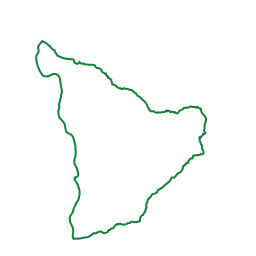 Armenia, Antioquia, Colombia, rotated 350°
{"feature_id": "7082276B11935891102033", "entity_name": "Armenia", "entity_type": "district", "adm_level": 2, "iso_a3": "COL", "parent_name": "Colombia", "parent_adm1": "Antioquia", "projection": "mercator", "projection_center": [-75.796, 6.174], "detail": "fine", "context": "isolated", "style": "outline", "palette": "green", "viewbox_px": 256, "rotation_deg": 350, "n_neighbors": 0, "source": "geoboundaries", "source_scale": "gbopen_adm2", "svg_char_len": 5795}
<svg xmlns="http://www.w3.org/2000/svg" viewBox="0 0 256 256"><g transform="rotate(350 128 128)"><path d="M172.8,180.0L174.9,177.6L175.0,176.7L175.5,176.1L175.5,175.3L175.7,175.1L176.2,175.0L176.8,174.8L177.1,174.5L177.3,174.1L178.3,173.9L178.7,173.0L179.1,172.8L180.3,172.7L180.9,172.9L181.1,172.8L181.4,171.7L183.3,169.5L184.1,169.5L184.9,168.8L185.3,168.8L185.9,169.1L186.3,169.0L186.6,168.6L187.4,166.6L188.4,166.5L189.7,166.7L190.3,166.7L191.2,166.5L192.5,167.0L194.5,166.5L196.2,166.7L196.7,166.4L197.5,166.4L198.1,165.7L198.1,163.8L197.6,161.7L197.5,160.5L197.9,158.0L197.8,157.6L197.2,157.0L197.0,156.3L196.7,153.8L196.4,152.9L196.6,149.9L196.8,149.6L197.3,149.3L197.5,149.4L197.7,150.2L197.9,150.0L199.8,148.2L201.0,147.6L201.1,146.7L201.9,147.0L203.4,146.6L203.3,145.7L202.6,144.1L202.5,143.2L203.3,141.6L203.9,138.8L204.8,136.6L205.4,136.0L206.5,133.1L206.5,132.3L206.3,131.3L205.3,128.7L204.3,127.4L203.8,126.4L203.2,125.7L203.1,123.7L203.0,122.8L203.1,121.8L202.9,121.6L202.4,121.2L201.6,121.0L201.1,120.7L200.6,120.2L200.3,119.4L200.0,119.1L199.6,119.2L199.1,119.7L198.8,119.8L197.9,119.1L195.6,118.6L193.7,117.6L193.3,117.6L190.4,118.5L189.2,118.0L187.9,118.2L186.8,117.9L186.3,117.9L186.0,118.2L185.6,118.9L185.1,119.2L184.1,119.3L183.4,119.6L182.1,119.8L181.5,120.0L181.2,120.2L179.8,122.0L179.1,122.1L178.7,122.0L177.9,121.6L177.6,121.0L176.7,121.2L176.4,121.0L176.2,120.8L176.3,120.3L176.0,120.1L174.9,119.9L174.0,119.6L172.9,119.9L172.5,119.9L171.9,118.9L171.8,118.3L171.3,118.0L170.4,118.0L169.8,118.4L169.5,118.4L169.3,118.3L169.1,117.5L168.5,117.7L167.8,118.2L166.5,118.5L164.1,118.3L162.3,118.5L160.8,117.8L159.5,118.1L159.0,118.0L156.9,116.8L155.8,115.8L154.5,115.8L154.1,115.7L153.2,114.9L152.9,114.9L152.8,114.1L152.7,113.9L151.9,113.3L151.7,112.8L151.7,111.4L151.0,110.5L150.8,110.0L150.8,108.3L150.0,106.9L149.1,104.8L147.9,103.7L147.3,102.5L146.3,101.8L146.1,101.4L146.1,100.8L145.4,100.2L144.8,99.0L144.6,98.8L144.0,98.9L143.9,98.8L143.1,98.0L142.7,97.3L142.0,95.5L140.1,94.0L139.7,93.6L139.5,93.3L139.5,92.5L139.3,92.2L138.3,91.5L136.1,90.5L134.5,89.5L132.8,89.1L131.3,88.3L130.3,88.1L129.3,88.7L128.5,88.6L128.0,88.0L125.9,87.1L125.1,86.4L124.7,85.9L123.9,85.2L123.8,84.4L123.6,84.2L122.4,83.9L122.0,83.2L121.4,82.8L120.5,82.7L120.1,82.5L120.1,82.0L120.3,81.3L119.8,79.6L119.9,77.5L119.3,77.0L118.6,76.1L116.9,75.0L116.9,74.4L117.2,74.1L117.2,73.7L116.9,73.4L115.9,72.7L115.7,72.4L115.6,71.9L115.7,70.7L114.6,70.5L114.4,70.2L114.2,69.6L112.9,68.9L112.2,68.3L112.0,67.8L112.2,67.0L111.4,65.4L111.0,64.9L109.2,63.8L107.7,63.5L106.7,62.2L106.3,60.8L105.9,60.3L105.2,60.1L103.2,59.3L100.5,59.0L99.4,58.5L96.5,57.8L96.1,57.6L95.7,56.9L93.9,56.7L93.0,56.4L92.5,55.9L92.0,55.4L91.6,54.6L91.3,54.7L90.7,55.6L89.9,56.0L89.1,56.0L88.7,55.9L88.0,55.1L87.2,54.7L86.7,54.4L86.4,53.7L86.4,53.2L86.6,52.5L86.6,51.9L86.2,51.4L85.9,51.3L85.2,50.7L84.6,50.4L83.4,50.4L82.7,49.7L81.2,49.7L80.4,49.5L78.9,48.7L78.0,48.7L75.4,47.5L73.5,46.0L71.3,44.7L71.1,44.4L70.4,42.5L69.7,41.5L69.5,41.1L69.4,39.5L68.8,38.6L68.5,38.2L67.3,37.5L66.0,35.4L65.6,34.0L63.2,31.7L62.8,30.9L60.5,28.8L59.2,28.1L58.6,27.5L57.3,28.7L55.3,30.4L53.9,31.8L53.5,33.0L53.4,35.8L53.2,37.3L52.7,38.2L52.1,39.0L50.8,40.3L50.2,41.6L49.6,43.4L49.5,45.3L49.6,46.9L49.6,49.4L50.3,53.5L51.2,57.0L52.6,60.5L53.2,61.5L54.3,62.2L55.6,62.8L56.6,63.0L59.0,63.1L63.2,61.9L64.6,61.9L66.1,62.3L67.4,63.1L68.6,64.5L69.2,66.0L69.5,67.4L69.5,68.9L69.3,76.3L69.4,80.9L68.3,83.0L65.9,89.3L64.2,92.7L63.9,95.9L63.5,97.1L62.6,98.7L62.1,100.2L61.9,102.1L62.1,104.5L62.3,105.7L62.7,106.6L65.3,110.8L66.0,112.3L66.3,113.5L66.4,114.6L66.3,118.1L66.4,120.1L66.6,121.0L67.8,122.4L70.8,124.5L71.4,125.2L72.3,127.4L72.7,130.6L73.1,136.1L73.0,137.5L72.6,138.7L72.4,142.5L72.1,144.0L71.0,147.5L69.6,150.2L69.2,152.5L69.2,154.6L70.4,157.9L70.7,159.9L71.0,163.3L70.9,165.0L70.6,166.1L70.2,166.7L69.5,167.1L68.7,167.4L67.4,167.4L66.8,167.7L66.6,168.3L66.8,170.1L68.7,175.2L69.3,180.0L69.3,182.2L69.0,184.1L68.8,185.1L66.7,190.1L66.1,190.8L64.7,192.1L63.4,193.8L61.6,196.4L60.2,198.6L59.1,201.0L57.6,203.0L56.3,204.2L55.2,205.8L54.8,207.7L54.6,209.6L54.9,211.6L56.3,216.6L56.3,218.4L56.2,220.3L54.7,225.0L54.6,225.5L54.8,226.7L55.3,227.8L56.6,227.8L60.2,228.4L61.5,228.4L63.3,228.5L65.0,228.3L69.5,228.5L70.5,228.2L74.4,226.7L75.4,225.9L76.1,225.6L77.7,226.2L78.2,226.3L78.9,225.6L79.9,225.6L81.2,225.1L81.8,225.0L83.5,225.3L84.1,225.8L85.4,227.3L85.7,227.4L88.9,227.2L89.7,227.0L90.5,226.2L91.0,225.4L91.2,225.2L91.4,225.1L92.4,225.3L92.9,225.2L93.8,224.2L95.6,224.2L96.1,224.0L96.4,223.8L98.1,221.9L99.4,221.4L100.4,220.7L100.6,220.7L100.9,220.7L101.5,221.2L101.8,221.3L102.0,221.3L102.2,221.1L102.5,221.1L102.9,220.8L103.3,220.7L104.6,221.6L106.5,222.3L107.5,222.6L109.3,222.3L110.0,222.2L110.8,222.0L111.4,221.5L112.9,221.8L113.4,221.7L115.1,220.8L116.6,221.1L117.0,221.3L117.4,221.7L117.9,221.9L118.7,221.8L119.7,222.2L120.0,222.2L120.9,221.9L123.3,222.0L123.7,221.7L123.8,220.6L124.3,220.0L124.5,218.3L125.5,217.5L126.5,216.4L126.9,216.3L127.7,216.2L128.1,215.6L128.7,215.1L129.0,214.5L129.4,213.9L130.4,213.4L130.6,212.4L131.4,211.4L131.5,210.6L132.4,209.8L132.4,209.4L132.3,209.1L132.3,208.5L132.5,207.8L132.5,207.3L132.6,206.5L132.8,206.0L133.3,205.3L134.2,204.4L134.6,203.6L134.7,202.7L135.1,202.1L135.5,201.7L135.9,200.9L136.1,200.9L136.4,201.2L136.7,201.2L138.9,199.1L139.7,198.1L140.6,197.2L142.3,197.4L143.4,197.2L144.5,196.9L145.0,196.6L146.5,194.5L147.0,194.2L148.7,193.7L149.6,193.2L150.6,193.1L152.8,191.7L153.6,190.9L153.9,190.8L154.5,190.8L156.1,189.6L157.4,189.3L157.7,189.1L158.1,188.5L158.5,188.2L159.1,188.1L159.9,187.5L160.8,186.6L162.4,184.4L162.9,184.3L164.6,184.8L165.3,184.7L166.7,183.6L167.2,182.9L168.0,182.5L168.7,181.7L169.9,181.0L171.1,180.9L172.8,180.0Z" fill="none" stroke="#15803d" stroke-width="2"/></g></svg>